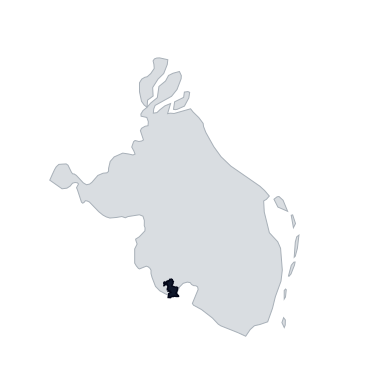 location of Dinkelland, Overijssel, Netherlands, rotated 112°
{"feature_id": "6326949B33383901322774", "entity_name": "Dinkelland", "entity_type": "district", "adm_level": 2, "iso_a3": "NLD", "parent_name": "Netherlands", "parent_adm1": "Overijssel", "projection": "orthographic", "projection_center": [6.904, 52.371], "detail": "fine", "context": "in_parent", "style": "filled", "palette": "ink", "viewbox_px": 384, "rotation_deg": 112, "n_neighbors": 0, "source": "geoboundaries", "source_scale": "gbopen_adm2", "svg_char_len": 5364}
<svg xmlns="http://www.w3.org/2000/svg" viewBox="0 0 384 384"><g transform="rotate(112 192 192)"><path d="M234.3,328.3L228.2,328.1L222.5,327.8L219.4,327.3L216.3,325.8L214.8,322.8L213.1,319.2L213.6,317.0L219.1,310.9L219.9,309.2L219.4,308.2L219.9,305.5L224.2,296.3L224.8,292.6L223.0,289.9L220.4,288.4L211.9,285.5L207.9,281.5L206.1,278.1L204.2,277.1L201.4,278.2L194.3,279.3L188.6,277.3L181.9,270.8L180.5,265.0L179.8,260.6L178.2,259.0L175.8,261.2L172.9,264.7L167.2,265.0L165.6,264.1L165.3,262.1L165.1,260.2L163.6,257.8L161.9,256.5L154.5,262.8L151.9,262.7L148.6,260.1L147.0,257.6L143.2,258.8L139.8,261.8L140.8,267.6L138.9,268.6L134.8,267.9L130.3,265.4L125.2,263.7L117.5,259.5L106.5,262.2L99.0,258.1L92.7,257.4L89.0,254.1L85.0,248.8L88.1,245.5L91.1,244.5L102.6,244.3L110.9,246.8L125.5,258.6L129.3,258.6L133.4,257.4L131.5,254.2L127.8,252.6L122.3,249.4L118.0,245.0L128.5,244.0L127.1,241.8L125.9,238.0L115.4,224.5L117.4,221.0L120.5,213.5L124.2,207.4L127.0,205.8L131.6,201.5L141.8,188.8L148.4,178.3L153.4,165.8L161.2,131.2L163.4,125.3L166.8,118.8L170.8,120.2L173.5,122.2L183.5,117.5L200.8,105.0L206.0,93.9L211.0,88.8L230.6,79.0L241.3,76.1L257.8,75.5L269.7,73.8L284.0,73.2L289.4,79.4L292.6,84.0L297.7,86.5L305.6,88.2L305.2,97.3L305.3,115.1L304.7,118.2L301.2,125.8L297.4,139.3L296.4,148.2L295.2,149.9L280.0,149.8L277.8,151.3L277.5,153.3L278.2,155.5L277.9,157.8L276.7,159.7L277.3,162.6L280.0,166.0L284.8,168.0L290.0,168.2L292.7,167.9L294.6,170.2L296.5,173.9L296.4,178.5L295.7,184.8L293.2,190.5L286.1,197.1L282.9,199.5L279.9,200.7L278.5,202.4L277.8,204.6L277.9,206.6L283.0,211.9L282.9,213.1L281.4,215.9L279.4,218.5L266.3,223.8L260.8,223.4L257.7,226.1L256.8,226.6L253.3,224.1L245.7,221.1L242.8,222.1L241.2,223.6L236.3,225.5L232.8,228.4L232.8,232.2L238.8,242.2L240.9,244.2L241.0,247.8L243.9,252.5L246.9,258.4L247.2,262.1L246.8,265.8L245.2,271.1L239.7,283.4L239.6,285.8L240.0,287.6L241.9,288.1L243.3,289.1L242.8,290.7L232.7,299.2L231.3,300.7L227.1,300.2L226.4,301.7L227.0,304.0L228.6,306.1L232.2,307.2L235.3,309.4L237.7,313.7L234.3,328.3ZM130.3,265.4L129.3,268.9L126.8,272.8L118.8,278.2L110.4,281.6L106.2,280.9L103.4,278.8L101.9,276.7L97.6,274.6L91.6,273.3L87.8,275.2L85.0,277.2L82.7,276.7L81.0,274.9L79.8,272.3L78.4,264.0L83.0,262.7L92.7,262.6L100.1,265.8L109.9,267.6L117.6,264.0L123.4,267.6L130.3,265.4ZM115.2,231.2L120.8,236.6L121.9,238.3L122.3,240.1L114.9,241.9L107.4,235.2L102.2,236.5L100.4,233.4L100.5,231.5L105.9,230.2L115.2,231.2ZM173.8,106.7L168.0,113.3L164.6,111.3L163.6,109.7L165.5,104.5L174.1,96.1L173.8,106.7ZM199.6,77.5L194.3,78.1L191.9,76.7L204.7,73.2L212.8,72.2L214.2,72.8L199.6,77.5ZM233.8,71.1L222.7,72.5L218.9,71.3L218.3,70.2L221.3,69.6L230.9,69.5L233.8,70.5L233.8,71.1ZM187.1,84.6L176.4,91.3L175.5,90.1L182.5,84.2L187.1,84.6ZM279.4,59.7L274.2,60.0L275.7,57.5L280.5,55.7L283.1,55.7L279.4,59.7ZM256.7,66.4L248.8,69.6L246.9,68.9L247.3,68.0L254.3,66.0L256.7,66.4Z" fill="#d9dde1" stroke="#a8b0b8" stroke-width="1"/><path d="M283.0,180.2L283.0,180.3L283.4,180.3L283.4,180.6L283.6,180.5L284.3,180.7L284.3,180.8L284.3,181.1L284.2,181.2L284.1,181.3L284.0,181.5L284.2,181.8L284.3,181.8L284.5,182.0L284.9,182.1L285.0,182.1L285.4,182.3L285.6,182.4L285.7,182.5L285.8,182.6L285.8,182.8L285.9,183.0L285.9,183.3L285.6,183.5L285.4,183.7L285.3,183.8L285.2,183.8L286.6,184.1L286.9,184.1L287.1,184.0L287.3,183.9L287.6,183.5L287.5,183.3L287.7,183.2L287.8,183.1L288.0,183.1L288.1,183.3L288.1,183.2L288.4,183.1L288.5,183.1L289.1,182.9L289.3,183.0L289.4,182.9L289.2,182.7L288.4,182.2L288.1,182.3L288.1,182.2L287.9,182.2L287.7,182.1L287.4,181.9L287.1,181.8L286.9,181.8L286.7,181.8L286.4,181.7L286.4,181.4L286.4,181.2L286.5,181.2L286.5,180.9L286.8,180.8L286.8,180.7L286.9,180.4L287.0,180.4L287.4,180.4L287.4,180.1L287.5,179.7L287.8,179.8L287.9,179.5L287.9,179.4L288.0,179.4L288.4,179.2L288.5,179.1L288.5,178.9L288.6,178.7L288.7,178.4L288.8,178.4L289.0,178.4L289.1,178.5L289.3,178.6L289.5,178.6L289.8,178.6L290.2,178.7L290.5,178.7L290.6,178.4L290.8,178.4L291.3,178.4L291.8,178.3L291.7,177.9L291.8,177.7L292.1,177.2L292.3,177.1L292.5,176.9L292.8,176.9L292.7,176.7L292.6,176.3L292.5,176.1L292.5,175.9L292.4,175.8L292.5,175.8L292.4,175.8L292.4,175.7L292.4,175.3L292.6,174.7L292.7,174.4L292.8,174.0L293.7,174.7L294.3,175.1L294.7,175.3L295.0,175.5L295.1,175.4L296.1,175.2L296.4,175.1L296.8,175.0L297.5,174.9L298.4,174.7L298.7,174.6L298.2,173.0L297.9,172.4L297.9,172.2L297.7,172.0L297.7,171.9L297.7,172.0L297.4,172.0L297.2,172.0L297.0,171.8L296.9,171.8L296.7,171.8L296.5,171.7L296.4,171.4L296.2,170.8L296.1,170.7L295.8,169.9L295.1,169.3L295.0,168.5L294.9,168.1L294.8,167.7L294.5,166.8L294.2,166.1L294.1,165.8L294.0,165.6L293.8,165.4L293.2,165.8L293.1,166.0L293.0,166.4L292.8,166.8L292.6,167.3L292.3,167.8L292.2,167.9L291.4,168.6L291.6,168.9L291.0,168.9L290.4,168.8L290.1,168.8L289.7,168.8L288.8,168.9L288.5,168.9L288.0,169.1L287.5,169.2L287.0,169.2L286.0,169.5L286.0,170.1L285.9,170.5L286.0,170.8L286.2,171.1L286.5,171.3L286.5,171.8L286.5,172.0L286.6,173.2L286.6,174.5L286.6,174.9L286.6,175.5L286.1,175.8L285.9,175.6L285.3,175.6L285.0,175.6L284.6,175.5L283.9,175.4L283.3,175.6L282.5,175.8L281.9,175.8L281.6,176.8L281.4,177.1L280.9,177.3L280.7,177.4L280.7,177.5L280.6,177.8L280.5,178.5L280.7,178.8L280.8,178.9L281.2,179.4L281.4,179.7L281.4,179.8L281.5,179.8L281.8,179.8L282.1,179.8L282.7,180.1L282.9,180.1L283.0,180.2L283.0,180.2Z" fill="#0f172a" stroke="#020617" stroke-width="1.5"/></g></svg>